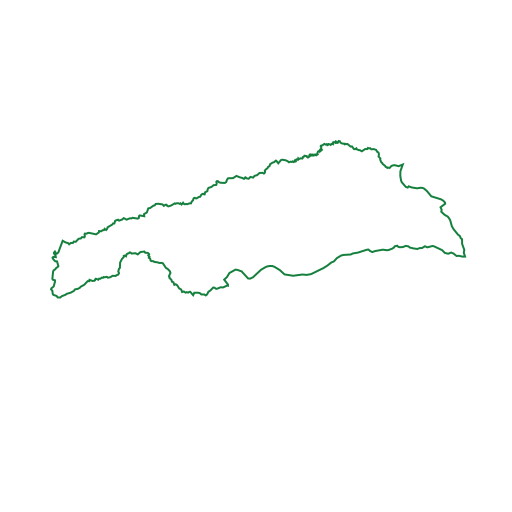 outline of Saladoblanco, Huila, Colombia, rotated 137°
{"feature_id": "7082276B71793235558462", "entity_name": "Saladoblanco", "entity_type": "district", "adm_level": 2, "iso_a3": "COL", "parent_name": "Colombia", "parent_adm1": "Huila", "projection": "albers", "projection_center": [-76.191, 2.115], "detail": "fine", "context": "isolated", "style": "outline", "palette": "green", "viewbox_px": 512, "rotation_deg": 137, "n_neighbors": 0, "source": "geoboundaries", "source_scale": "gbopen_adm2", "svg_char_len": 6113}
<svg xmlns="http://www.w3.org/2000/svg" viewBox="0 0 512 512"><g transform="rotate(137 256 256)"><path d="M429.3,361.0L427.6,359.2L425.3,359.0L421.6,357.5L420.4,357.5L416.4,355.5L413.1,354.7L411.0,355.0L409.0,353.6L406.6,352.9L405.2,353.1L401.4,352.1L396.2,352.4L395.1,351.3L394.0,352.1L392.6,349.3L391.3,348.2L390.3,348.0L389.6,348.6L388.6,348.6L387.5,346.2L386.3,346.5L385.3,345.5L383.6,345.4L382.8,344.4L381.8,344.5L381.5,343.9L379.3,342.5L379.1,341.1L376.9,339.8L374.5,339.4L372.2,337.1L371.1,337.1L369.6,336.4L368.2,336.7L367.7,337.2L367.3,338.6L364.9,340.1L363.7,340.1L359.8,343.9L355.9,345.3L353.5,345.4L352.6,346.3L351.6,345.7L351.3,344.5L349.4,345.5L348.1,345.3L347.2,344.7L346.0,344.8L345.4,344.0L345.3,342.6L342.3,340.3L341.4,337.8L337.8,337.7L334.6,335.4L334.8,334.0L333.0,332.0L332.9,330.2L334.3,330.0L334.3,328.4L335.2,328.3L335.6,327.8L335.1,326.4L336.2,324.6L336.0,323.6L334.6,322.2L334.4,321.0L332.4,318.6L331.5,316.9L329.5,315.1L329.1,314.1L330.0,308.7L329.4,306.7L329.4,303.5L330.1,302.0L333.4,300.6L333.6,299.6L334.2,299.2L334.2,295.9L335.0,294.6L334.3,293.1L335.4,290.6L334.0,290.1L333.6,288.3L334.3,284.8L333.6,282.5L334.6,280.0L333.0,279.3L332.5,277.2L331.3,276.8L330.6,275.5L329.1,275.2L328.5,274.7L328.7,270.2L326.2,271.2L323.5,268.7L322.4,267.2L322.2,265.1L320.1,263.2L319.6,261.4L317.9,261.3L315.2,262.3L313.0,261.9L308.8,262.1L308.0,261.2L307.6,259.3L307.0,258.7L303.1,257.2L301.6,255.5L297.1,254.0L296.7,253.4L296.0,254.2L295.4,260.4L291.6,260.4L287.0,261.7L280.3,260.0L279.0,258.4L277.0,254.5L277.1,245.0L275.8,243.5L272.8,242.5L261.6,242.5L255.6,241.1L253.0,239.5L250.9,237.6L249.8,235.2L248.2,229.5L247.7,223.1L242.3,216.2L234.8,210.9L231.8,207.6L228.1,205.2L215.0,201.2L210.3,200.3L205.4,199.9L202.6,198.9L198.3,199.3L193.5,198.3L191.4,197.2L185.7,192.5L183.4,191.8L179.2,189.0L170.7,185.0L169.4,184.1L169.1,181.7L168.2,179.5L165.7,178.5L158.9,174.1L156.3,170.9L154.8,169.9L151.5,168.5L149.2,168.1L148.0,168.5L145.7,167.2L145.7,165.6L144.7,164.2L142.4,162.3L139.6,161.3L137.9,159.0L137.8,157.4L135.7,154.2L133.2,151.1L130.8,150.1L129.2,148.6L125.8,147.9L124.8,145.5L120.0,142.9L119.1,141.4L115.9,133.4L115.8,129.5L113.9,126.6L110.9,125.4L109.9,123.2L109.3,119.2L107.5,117.8L105.3,114.6L103.5,113.0L101.8,116.7L99.5,118.4L97.0,124.3L93.9,127.7L94.1,129.4L93.3,131.6L93.7,133.9L93.2,141.1L92.4,144.3L89.6,149.7L89.1,151.8L88.9,154.1L90.0,157.6L90.3,162.0L88.7,163.2L87.8,165.8L82.0,165.2L81.3,166.3L81.3,168.6L82.0,171.2L87.1,180.1L86.7,186.9L87.1,190.7L87.7,192.1L88.9,193.5L92.1,195.7L95.4,200.0L96.8,202.8L98.4,202.6L99.3,204.4L99.1,210.5L98.4,212.3L95.8,216.2L92.6,219.5L86.3,222.8L90.4,224.4L92.7,227.9L93.9,228.8L95.5,229.5L98.3,229.3L99.2,230.7L99.9,230.9L99.8,231.6L100.4,232.7L100.1,233.9L100.6,236.8L100.2,238.1L100.5,239.0L99.5,241.7L98.5,242.6L98.5,245.2L97.0,246.3L96.1,247.5L95.9,248.4L96.3,249.5L95.8,251.7L97.0,253.9L98.9,255.4L99.0,257.0L100.0,257.6L100.4,258.7L101.8,258.4L103.3,259.8L107.2,260.4L107.9,262.7L108.6,263.3L109.5,265.3L109.2,266.3L110.6,266.5L111.4,267.3L111.1,270.7L112.2,271.5L112.7,275.5L114.1,276.6L114.3,277.3L115.0,277.3L115.1,278.1L116.5,279.9L116.9,281.4L116.4,282.6L117.1,283.7L119.1,283.0L119.5,283.3L119.3,283.9L120.3,284.3L119.4,284.9L119.5,285.5L120.8,285.3L121.5,286.3L122.2,286.5L123.4,285.3L123.9,286.3L125.6,286.3L125.7,287.2L126.3,287.7L126.6,288.5L127.1,288.7L127.8,288.2L128.3,288.4L128.2,289.7L129.2,290.1L129.6,291.4L131.6,291.6L133.4,292.4L133.9,292.0L134.0,291.1L135.2,290.1L135.4,288.7L137.7,288.8L136.6,290.0L138.0,289.7L139.4,290.1L141.4,289.1L141.5,288.3L143.2,288.5L143.4,289.0L142.3,289.5L143.8,289.4L144.2,290.4L145.0,290.0L145.8,290.5L145.6,291.8L146.1,292.2L146.7,291.5L147.5,292.0L146.8,292.7L147.1,293.4L148.4,293.3L149.1,292.3L150.9,292.6L151.2,294.1L150.8,294.5L152.2,296.3L153.3,296.0L154.3,296.4L154.9,295.8L155.7,295.7L156.6,296.9L158.5,297.6L158.5,298.6L159.8,297.8L160.5,299.1L161.4,298.8L162.1,299.5L162.6,299.4L162.6,298.2L164.5,299.1L164.8,300.3L165.7,300.4L166.5,301.5L168.0,302.1L168.2,303.8L169.1,305.9L171.2,308.6L172.3,309.1L176.5,308.6L176.2,311.8L176.5,312.3L178.6,312.2L180.2,313.0L183.0,313.5L184.9,312.5L186.4,312.9L187.6,312.4L190.3,312.6L191.5,312.3L191.9,311.4L192.6,311.0L193.6,310.8L194.0,310.9L194.5,312.4L196.8,314.3L200.1,314.4L202.4,315.6L204.6,315.3L206.1,317.6L208.7,317.5L209.9,319.2L210.0,320.7L210.8,320.9L211.7,320.4L212.4,320.9L212.8,322.5L214.1,324.4L215.7,327.9L219.7,328.6L223.4,331.9L225.4,331.5L227.3,330.4L229.0,330.7L232.0,333.8L232.7,335.1L232.8,336.6L233.5,337.4L234.4,337.3L235.4,335.7L236.6,335.1L238.7,336.7L241.5,336.9L244.3,338.2L245.7,337.8L247.4,336.6L249.8,337.3L251.5,336.1L252.0,336.5L252.1,337.4L252.8,337.9L254.2,338.1L256.4,337.4L257.4,338.1L260.2,338.7L260.8,339.3L261.1,340.3L261.9,340.7L263.0,340.4L264.0,339.7L266.1,339.6L267.6,338.8L268.6,339.8L271.0,340.8L271.7,341.8L272.8,342.4L273.2,343.2L273.0,344.7L275.3,344.4L275.3,346.0L276.2,346.1L276.8,347.5L278.1,348.7L279.3,349.1L279.5,349.9L283.6,350.8L286.2,352.0L286.7,353.0L286.5,354.6L287.4,355.3L289.2,355.5L289.2,357.5L291.8,360.8L293.9,362.5L295.6,362.1L296.7,362.8L300.8,363.3L302.3,364.3L306.1,362.3L309.3,363.0L310.6,361.3L313.4,365.0L314.3,365.0L315.8,363.7L317.0,364.0L320.3,368.2L321.4,368.4L322.6,369.6L325.8,370.8L326.9,373.9L329.2,374.0L332.0,375.2L332.1,376.6L334.3,377.6L335.0,377.8L337.4,376.4L338.4,377.3L339.6,377.0L345.0,378.2L346.3,377.4L347.9,377.2L348.2,379.1L349.5,378.6L350.7,379.5L352.3,379.6L353.8,381.3L354.8,380.4L358.2,380.9L362.3,386.8L363.4,387.6L364.6,387.8L365.9,389.1L366.6,388.8L367.8,387.1L368.8,386.7L370.4,388.5L372.2,388.3L374.0,389.6L378.1,389.3L379.4,390.8L380.9,390.4L382.7,391.9L384.7,392.0L384.7,393.8L386.0,395.7L387.0,399.0L398.0,393.5L399.4,393.4L400.5,393.8L400.0,396.4L401.5,396.2L402.0,395.6L402.3,393.0L403.2,391.7L404.8,393.6L406.1,393.4L406.5,391.5L406.4,389.0L405.2,387.8L407.4,383.4L408.5,383.2L410.3,383.5L411.9,383.2L413.8,383.5L415.0,383.0L420.5,378.2L420.7,377.0L419.6,375.4L420.2,374.5L424.8,371.7L427.7,371.9L428.6,371.4L428.7,369.4L430.5,366.9L430.7,365.8L429.1,362.8L429.3,361.0Z" fill="none" stroke="#15803d" stroke-width="2"/></g></svg>